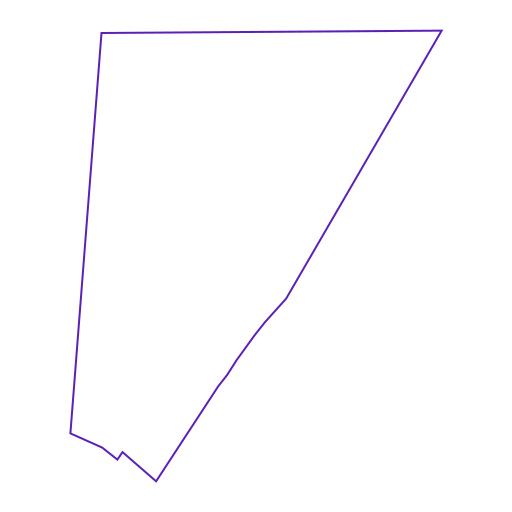 the district of Teyarett, Nouakchott, Mauritania
{"feature_id": "47542326B65700672861559", "entity_name": "Teyarett", "entity_type": "district", "adm_level": 2, "iso_a3": "MRT", "parent_name": "Mauritania", "parent_adm1": "Nouakchott", "projection": "natural_earth1", "projection_center": [-15.928, 18.147], "detail": "fine", "context": "isolated", "style": "outline", "palette": "violet", "viewbox_px": 512, "rotation_deg": 0, "n_neighbors": 0, "source": "geoboundaries", "source_scale": "gbopen_adm2", "svg_char_len": 303}
<svg xmlns="http://www.w3.org/2000/svg" viewBox="0 0 512 512"><path d="M286.1,298.7L441.6,30.7L432.0,30.7L101.5,33.0L70.4,433.4L102.2,447.6L117.4,459.6L122.5,452.1L156.1,481.3L218.3,386.2L227.1,375.0L236.7,360.0L255.1,334.6L265.2,321.9L286.1,298.7Z" fill="none" stroke="#5b21b6" stroke-width="2"/></svg>